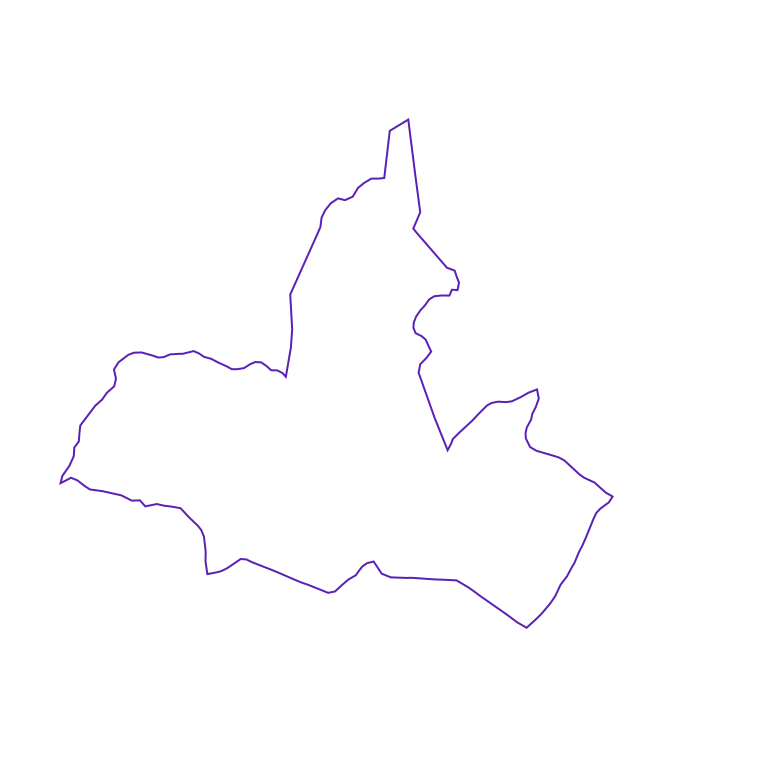 the district of Várzea Branca, Piauí, Brazil, rotated 26°
{"feature_id": "56859067B57465837137566", "entity_name": "Várzea Branca", "entity_type": "district", "adm_level": 2, "iso_a3": "BRA", "parent_name": "Brazil", "parent_adm1": "Piauí", "projection": "mercator", "projection_center": [-42.923, -9.288], "detail": "fine", "context": "isolated", "style": "outline", "palette": "violet", "viewbox_px": 768, "rotation_deg": 26, "n_neighbors": 0, "source": "geoboundaries", "source_scale": "gbopen_adm2", "svg_char_len": 2445}
<svg xmlns="http://www.w3.org/2000/svg" viewBox="0 0 768 768"><g transform="rotate(26 384 384)"><path d="M133.5,577.0L136.8,584.8L137.1,595.6L135.2,607.7L136.8,614.9L143.8,605.5L150.7,605.0L159.1,606.8L165.9,607.7L177.7,603.8L196.8,599.2L208.4,599.4L215.6,595.6L223.1,598.6L232.4,591.5L240.0,589.7L246.5,587.4L255.6,584.8L266.4,589.0L279.0,593.1L283.6,595.3L289.0,600.0L297.2,612.8L301.3,621.6L305.7,628.1L308.6,632.3L315.8,626.9L319.8,623.5L323.6,618.6L328.3,610.5L331.9,604.1L337.3,602.0L343.8,602.0L354.9,601.1L364.6,600.3L374.3,599.7L382.5,599.4L396.3,598.7L403.2,597.8L425.3,596.2L430.9,592.0L434.7,582.3L437.8,575.2L442.5,568.2L443.5,562.2L444.6,557.2L447.3,552.5L452.5,548.1L465.1,555.5L474.9,554.8L489.3,548.4L494.4,545.8L514.1,537.9L528.2,531.7L535.3,528.7L548.7,529.8L556.3,531.0L563.6,532.4L594.9,537.3L608.1,539.8L619.0,540.6L623.6,529.1L626.3,521.5L629.6,508.4L630.9,499.5L630.7,487.1L632.8,476.6L633.1,467.4L633.6,461.1L632.9,449.5L633.1,442.7L632.8,433.7L631.4,413.4L631.4,406.5L633.1,401.2L638.0,391.8L638.8,384.9L631.0,384.4L623.8,382.4L616.5,380.3L604.6,380.5L599.4,379.6L579.5,373.6L573.1,373.4L567.9,374.2L550.3,377.2L542.9,376.6L535.4,370.8L532.9,366.4L531.4,360.7L531.8,351.3L530.4,346.0L530.5,338.2L529.5,329.2L523.9,321.8L517.6,328.6L512.6,335.9L506.5,343.5L501.6,346.8L494.2,349.9L489.0,353.9L486.0,358.1L482.2,369.2L479.2,378.8L473.2,394.1L470.0,403.2L470.5,408.4L470.2,415.6L444.4,392.3L410.2,358.7L407.9,350.5L410.7,341.9L412.2,334.2L402.0,325.9L396.9,324.5L390.2,324.5L385.8,320.6L383.8,315.7L383.3,309.3L384.4,301.9L386.3,295.5L387.6,288.1L390.7,283.1L396.9,279.2L404.0,275.9L403.7,269.5L408.9,267.4L407.0,260.0L401.8,255.2L397.8,251.1L389.6,251.9L347.4,233.9L342.2,231.5L341.3,213.8L320.4,182.3L289.9,135.7L278.2,153.9L293.9,198.7L289.6,201.5L282.5,205.0L277.9,212.1L274.7,219.1L273.8,229.3L268.3,235.9L261.3,237.3L256.9,245.0L255.0,253.5L254.9,261.6L258.0,270.7L258.3,276.5L260.5,344.7L277.6,375.3L284.4,392.3L292.6,420.5L287.9,418.6L282.0,418.6L276.5,421.1L270.7,419.4L264.1,418.4L258.5,420.8L255.0,424.9L251.2,431.1L245.5,435.1L240.8,437.4L235.2,437.1L225.5,437.4L217.7,437.1L210.4,438.5L204.1,437.6L198.4,437.9L190.0,445.0L185.5,447.3L178.7,451.2L174.2,456.4L169.7,459.1L162.9,460.0L152.3,461.9L145.5,465.5L141.4,469.9L135.9,480.8L134.9,489.3L140.8,496.8L142.5,504.4L138.7,513.6L137.5,521.5L134.0,530.1L129.2,554.4L131.9,561.9L134.9,569.4L133.5,577.0Z" fill="none" stroke="#5b21b6" stroke-width="2"/></g></svg>